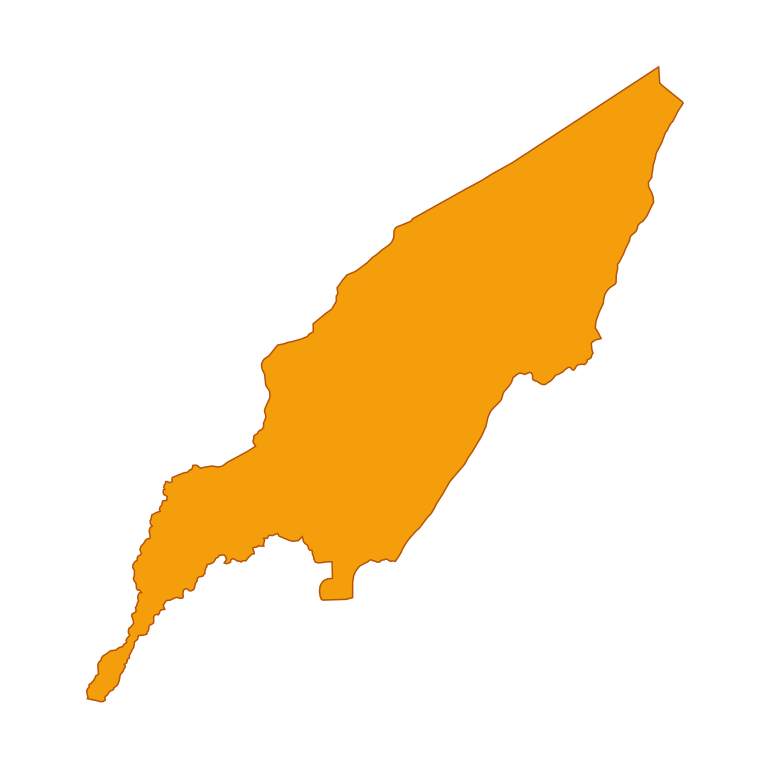 Tigania West, Eastern, Kenya, rotated 86°
{"feature_id": "3690345B31280493599010", "entity_name": "Tigania West", "entity_type": "district", "adm_level": 2, "iso_a3": "KEN", "parent_name": "Kenya", "parent_adm1": "Eastern", "projection": "mercator", "projection_center": [37.77, 0.171], "detail": "fine", "context": "isolated", "style": "filled", "palette": "amber", "viewbox_px": 768, "rotation_deg": 86, "n_neighbors": 0, "source": "geoboundaries", "source_scale": "gbopen_adm2", "svg_char_len": 6143}
<svg xmlns="http://www.w3.org/2000/svg" viewBox="0 0 768 768"><g transform="rotate(86 384 384)"><path d="M277.4,418.0L284.8,424.1L290.7,423.7L292.9,425.5L298.1,425.8L305.7,430.9L309.2,436.7L319.0,450.5L327.0,450.9L328.9,455.1L331.3,457.2L333.3,463.1L335.3,472.9L336.0,478.0L336.8,480.1L337.8,487.5L347.8,496.7L350.6,501.6L352.3,503.1L355.6,504.8L358.3,504.8L360.9,504.5L366.0,502.4L376.2,502.1L377.9,501.7L381.4,499.6L383.5,498.7L387.9,498.6L389.6,498.8L399.7,504.2L401.9,505.0L403.9,505.0L405.8,504.4L409.0,504.1L414.8,507.0L418.5,507.1L420.8,509.0L422.0,512.0L425.0,514.2L425.8,516.3L427.2,517.6L429.6,517.7L431.3,518.6L433.4,518.5L437.1,516.4L441.9,525.3L451.2,545.8L454.1,550.1L454.9,552.4L455.2,554.5L455.0,556.2L453.8,561.0L454.6,570.1L455.4,572.0L454.3,574.1L452.4,575.7L451.8,577.7L451.8,580.3L454.5,581.1L455.9,582.2L456.1,583.7L458.2,586.0L459.0,591.2L462.5,601.7L464.2,602.2L466.3,602.1L467.3,603.5L467.3,605.2L466.3,606.8L466.1,608.6L468.2,609.1L469.7,610.4L471.8,610.8L473.7,610.0L474.3,611.5L476.9,611.9L479.0,611.3L480.0,609.5L481.2,608.2L485.0,608.9L485.1,612.8L486.9,613.6L489.4,614.1L490.9,615.8L493.3,616.8L495.4,616.1L496.3,620.0L498.5,624.8L503.3,626.0L504.3,627.0L507.6,626.6L509.6,625.1L510.6,627.1L513.9,628.5L515.7,628.4L517.8,628.0L520.3,628.0L521.7,628.4L522.0,630.8L522.9,632.5L526.6,635.2L528.3,637.2L530.5,638.5L532.5,639.0L535.4,638.0L537.0,638.2L538.8,641.6L540.7,642.4L543.0,642.6L543.4,644.2L544.5,645.4L546.1,646.7L548.0,647.3L549.6,647.5L552.7,646.0L558.1,646.5L560.5,647.6L563.3,646.8L564.9,645.6L566.5,645.2L570.7,645.2L572.5,643.9L572.4,642.3L575.1,640.4L575.4,642.6L576.9,643.7L578.9,644.5L581.0,644.5L583.0,644.0L585.7,645.5L588.1,646.2L589.7,647.6L591.9,647.2L594.0,647.4L595.9,651.4L597.9,651.9L601.2,650.8L605.2,650.4L608.9,653.7L609.9,655.5L612.0,656.2L614.4,656.3L616.7,655.1L620.5,658.7L622.1,659.2L623.4,658.6L624.6,659.8L625.7,661.9L627.8,663.0L628.2,665.8L629.3,668.2L630.8,670.0L631.0,675.4L634.0,680.0L635.8,683.5L637.4,684.8L640.1,685.8L641.5,687.8L643.9,689.0L649.2,689.2L651.3,689.0L653.3,689.2L654.3,690.3L655.1,692.0L656.7,692.4L658.2,693.6L659.7,694.3L660.5,695.7L662.0,696.6L662.5,698.1L663.6,699.3L665.4,699.0L666.8,700.5L669.2,702.0L674.0,701.6L675.8,701.1L677.2,701.9L679.9,692.4L680.8,690.1L681.2,688.1L681.2,686.4L679.8,684.0L677.1,684.4L675.8,683.1L675.0,681.7L672.4,680.0L671.3,678.5L670.6,676.5L669.8,675.1L668.1,674.5L666.7,672.2L665.0,670.4L661.1,668.7L656.7,667.7L655.2,667.1L652.6,664.4L650.9,663.8L647.9,661.6L645.8,662.7L644.5,660.4L642.8,659.5L640.9,659.5L639.8,657.2L637.0,657.0L633.1,654.5L631.7,654.0L629.5,652.1L623.8,650.8L621.6,647.7L617.8,646.5L617.7,641.4L617.0,638.1L615.6,637.7L613.5,636.3L611.7,635.7L609.7,635.5L608.4,634.8L607.1,631.7L606.1,630.4L599.9,630.0L598.4,628.5L597.9,626.9L598.6,625.5L597.5,624.3L595.0,623.4L593.8,622.0L593.5,618.4L591.4,619.2L589.0,619.5L585.1,616.5L584.6,614.6L584.9,613.0L582.5,606.5L582.6,604.7L583.5,602.7L583.6,600.0L582.1,599.0L579.4,599.2L577.2,598.9L575.5,598.2L574.4,596.5L574.6,594.8L576.8,592.5L576.8,590.4L575.8,588.2L573.9,587.2L570.9,586.4L569.0,585.4L567.3,584.1L565.0,583.7L563.6,582.3L563.1,578.2L561.5,577.0L560.4,575.8L558.5,575.8L556.8,575.0L555.2,574.7L553.8,573.4L551.8,573.2L551.3,569.6L550.1,566.8L548.5,565.3L546.4,564.1L544.9,561.2L543.2,560.2L543.6,558.0L543.0,556.0L544.1,554.7L547.5,553.3L549.3,554.2L551.3,555.9L552.3,554.1L551.8,551.5L550.8,549.4L548.7,549.2L547.9,547.5L548.0,545.9L550.5,542.5L550.5,540.6L551.6,539.1L550.4,537.1L550.7,534.0L547.9,531.7L545.4,528.8L544.4,527.3L544.3,525.3L542.0,525.4L540.4,526.2L538.1,525.9L537.6,521.4L536.4,520.5L537.1,518.8L537.3,515.1L535.6,515.4L531.6,514.0L529.6,514.7L529.8,511.3L527.0,509.2L527.0,507.6L527.5,506.1L525.6,500.6L528.4,499.3L533.7,488.8L534.6,485.2L534.2,480.3L530.6,476.1L535.2,475.4L537.3,474.3L539.6,471.4L542.9,470.8L544.4,469.8L545.1,467.4L548.6,467.3L551.5,466.3L553.3,466.3L555.5,465.5L556.9,464.8L557.7,462.9L557.9,459.9L557.4,452.7L557.8,448.2L574.3,449.0L574.4,453.7L575.6,457.2L577.2,459.2L579.1,460.7L581.1,461.8L585.0,462.7L587.5,462.8L591.2,462.5L594.7,461.4L595.3,459.8L596.2,436.7L594.9,430.2L579.5,429.1L573.4,427.7L569.8,425.9L567.0,423.9L563.8,420.8L559.9,411.9L558.8,410.7L558.5,408.9L559.5,407.5L559.9,405.7L561.1,403.6L561.4,401.4L559.4,398.0L559.5,396.2L558.8,394.7L559.0,393.0L560.5,391.4L561.4,389.6L561.0,387.6L561.8,385.1L556.3,380.8L552.9,378.5L549.8,377.0L543.8,372.8L539.8,369.4L531.8,361.1L530.8,359.3L519.4,349.3L517.2,346.7L515.8,345.5L511.5,342.5L507.3,340.1L497.9,333.1L486.1,325.3L469.6,309.1L463.3,305.2L457.8,300.7L442.5,290.1L433.3,285.2L424.6,282.7L419.8,280.2L417.6,278.7L408.9,268.9L407.1,267.7L402.0,265.9L399.9,264.6L394.1,258.8L391.0,256.6L386.7,254.8L384.2,251.2L383.1,249.4L382.7,247.9L383.0,245.7L384.3,243.0L382.7,238.5L383.0,236.3L385.1,235.3L389.5,235.3L390.7,234.4L392.1,231.1L394.8,227.6L395.7,225.1L395.6,222.9L394.1,220.6L393.1,218.4L391.7,216.4L387.0,211.9L386.7,209.9L384.5,204.9L382.4,202.5L380.5,199.5L380.1,197.7L381.1,196.4L382.7,195.5L383.4,193.8L381.5,191.9L379.5,190.9L378.3,189.0L378.1,186.1L378.5,182.3L377.6,181.2L376.3,180.1L373.9,179.2L373.0,176.6L371.9,175.4L369.3,174.6L367.8,173.3L364.5,174.2L357.8,174.4L356.1,172.4L354.7,169.7L353.8,164.2L347.3,166.9L342.9,169.3L336.8,168.3L334.6,167.5L327.2,164.3L319.1,159.7L314.3,158.8L309.9,157.3L307.1,155.4L305.3,153.8L303.5,151.7L300.3,146.2L298.7,145.4L291.2,144.6L285.5,142.9L281.0,142.7L278.0,140.3L270.7,135.9L266.3,133.8L258.4,129.2L254.4,128.2L252.4,126.1L249.6,122.2L246.9,120.6L243.6,119.7L241.5,117.7L239.6,114.3L234.7,110.0L225.3,104.7L221.7,102.4L216.0,102.5L211.9,103.6L205.9,106.2L201.2,106.2L196.4,102.4L192.5,102.0L190.7,101.3L184.9,100.3L177.6,97.6L173.0,96.4L162.3,90.0L152.6,85.6L150.9,83.8L147.4,81.9L143.7,79.4L142.2,77.6L132.5,71.9L124.8,66.0L123.3,66.7L105.3,86.0L102.7,88.0L86.8,87.9L172.3,240.7L182.1,261.8L187.7,272.1L195.1,288.6L221.2,344.0L223.0,345.2L223.8,346.5L228.4,360.7L229.9,362.2L232.1,363.4L238.6,364.0L243.3,366.6L245.4,368.9L250.3,376.9L254.1,381.9L257.0,386.8L261.6,392.0L268.5,402.6L269.8,405.0L272.6,413.3L277.4,418.0Z" fill="#f59e0b" stroke="#b45309" stroke-width="1.5"/></g></svg>